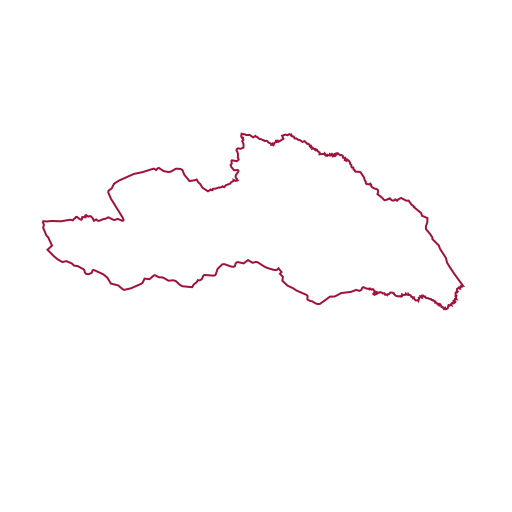 outline of Mae Poen, Nakhon Sawan, Thailand, rotated 320°
{"feature_id": "78962969B91694017140585", "entity_name": "Mae Poen", "entity_type": "district", "adm_level": 2, "iso_a3": "THA", "parent_name": "Thailand", "parent_adm1": "Nakhon Sawan", "projection": "equal_earth", "projection_center": [99.442, 15.681], "detail": "fine", "context": "isolated", "style": "outline", "palette": "rose", "viewbox_px": 512, "rotation_deg": 320, "n_neighbors": 0, "source": "geoboundaries", "source_scale": "gbopen_adm2", "svg_char_len": 6160}
<svg xmlns="http://www.w3.org/2000/svg" viewBox="0 0 512 512"><g transform="rotate(320 256 256)"><path d="M361.0,185.7L360.2,185.7L360.3,184.7L359.7,184.0L357.8,183.8L356.7,182.0L353.3,180.6L352.4,183.8L346.3,182.9L346.0,182.3L346.7,182.1L346.8,181.6L345.4,180.6L344.6,181.7L342.9,181.1L340.8,182.3L340.8,180.6L339.6,181.1L339.1,180.6L339.8,179.9L338.4,176.8L338.6,175.6L338.1,174.4L336.7,173.7L336.3,172.9L336.4,172.3L335.8,171.9L335.2,170.1L333.9,168.6L333.3,165.2L332.7,164.7L332.7,163.6L330.1,163.3L329.0,159.3L326.3,157.1L325.4,155.2L324.4,154.5L323.6,153.1L321.6,154.8L321.2,156.5L322.0,156.8L322.0,157.4L321.2,157.8L321.0,158.9L319.3,159.1L318.4,162.2L316.1,164.9L313.1,164.0L311.5,162.0L310.0,161.7L308.8,162.7L308.7,164.1L307.6,166.6L305.3,168.9L305.4,169.6L304.6,171.0L302.3,171.1L299.1,167.2L298.4,167.3L296.8,169.6L295.0,170.0L294.3,171.9L294.3,176.2L297.3,178.5L297.4,179.2L296.7,180.1L292.7,181.0L291.4,182.1L291.0,182.7L290.6,186.3L288.7,185.4L287.7,183.3L287.2,184.1L284.0,183.5L282.9,184.0L278.4,182.4L275.9,182.8L275.1,181.1L274.4,181.3L272.0,180.2L271.8,179.7L268.3,178.4L266.3,176.9L265.6,176.9L265.0,177.6L264.0,176.8L263.9,175.9L260.8,175.6L258.9,169.3L259.5,165.0L259.1,162.4L259.7,159.3L257.5,158.5L253.2,155.8L253.3,147.8L254.9,142.7L254.1,140.8L251.6,138.3L250.5,137.6L245.0,136.6L242.8,135.3L239.7,131.4L238.3,126.3L237.3,125.7L234.6,125.9L234.2,123.9L233.6,123.2L222.7,118.7L215.2,114.6L199.3,110.1L193.7,109.4L189.1,111.4L185.0,111.2L183.7,112.3L181.7,118.8L178.5,141.1L177.7,143.3L176.8,143.5L176.2,143.1L173.9,138.6L170.8,137.5L170.1,136.7L167.7,131.4L164.5,130.7L162.8,129.6L158.6,128.3L157.5,127.3L157.0,125.2L154.5,124.9L155.2,122.3L155.0,119.5L154.4,118.6L152.8,118.0L152.1,115.4L151.3,115.2L150.9,116.4L150.3,116.8L148.0,114.5L146.0,116.0L145.4,115.9L144.8,114.9L143.9,110.8L142.9,110.3L141.9,110.9L140.4,110.5L138.7,111.0L137.0,108.8L128.7,103.9L122.1,97.9L118.2,95.3L115.4,92.6L114.4,93.4L113.6,95.7L111.1,97.6L108.6,105.5L108.8,108.2L106.4,116.9L100.3,117.2L101.0,126.0L102.0,131.4L103.8,136.2L107.5,138.1L110.1,143.3L110.5,146.5L112.9,149.1L115.4,155.4L115.2,156.9L114.3,158.7L114.4,160.5L116.3,162.5L118.3,163.0L119.4,163.2L121.6,162.0L122.7,162.3L127.2,171.7L128.2,177.1L127.1,183.8L131.5,189.9L132.4,195.2L133.2,197.2L139.5,200.4L150.5,203.6L151.9,203.6L156.1,201.7L159.5,205.3L165.0,205.2L166.2,205.7L167.9,209.8L170.5,212.2L171.5,214.1L173.0,218.6L177.1,221.5L178.4,223.5L179.1,229.0L180.2,231.9L187.0,238.8L190.0,237.8L193.9,237.9L195.9,237.1L197.2,238.5L199.4,238.9L202.9,237.3L204.2,237.3L210.9,243.8L212.3,244.4L213.4,244.2L218.3,241.2L224.8,240.7L226.6,242.0L230.1,248.0L231.9,249.9L233.4,250.2L235.7,248.5L237.1,248.5L238.2,249.0L241.8,253.7L247.2,254.0L249.1,259.1L252.1,260.4L253.2,261.8L255.6,269.5L257.0,272.5L260.9,278.3L262.7,280.0L265.3,279.9L265.2,284.7L262.9,285.0L263.2,289.2L260.3,291.9L261.1,299.0L263.6,304.3L264.9,308.7L269.7,318.2L269.8,319.9L267.6,322.0L267.5,322.8L268.8,325.6L269.8,326.6L271.0,330.1L272.3,332.5L274.3,333.8L286.6,334.7L290.2,337.6L297.5,339.2L305.6,344.5L311.0,346.4L312.9,349.3L315.0,349.6L317.2,348.6L318.2,348.9L319.7,352.0L321.1,353.3L321.4,354.5L322.5,354.2L322.9,356.0L324.1,356.4L324.5,357.2L324.0,358.1L324.5,360.3L321.7,360.2L321.4,360.6L321.8,361.9L324.4,362.7L325.3,361.3L326.4,363.2L327.9,363.5L328.9,365.1L328.9,366.0L330.5,367.2L330.0,368.7L331.1,369.3L331.4,370.4L332.4,370.0L333.4,370.7L335.4,370.3L336.7,371.5L337.7,373.1L337.2,373.7L337.5,376.2L339.2,378.6L340.3,379.1L340.7,380.1L341.3,380.5L341.9,379.9L342.3,380.3L343.2,379.3L343.6,380.4L345.5,381.8L346.6,381.1L346.6,382.4L347.5,383.5L348.2,383.0L348.1,383.9L349.2,385.6L348.7,386.9L349.5,388.1L349.1,389.2L350.2,389.3L349.7,390.1L349.8,392.7L351.6,393.9L351.5,394.8L353.6,393.5L353.8,392.7L355.5,393.0L356.0,394.0L356.2,393.0L356.8,393.9L357.5,392.9L358.6,393.7L358.6,395.4L359.5,395.7L359.3,397.7L360.9,399.1L361.2,400.3L362.3,401.4L362.2,402.5L362.9,403.2L362.9,403.8L363.5,404.0L363.6,405.7L364.1,406.1L363.3,407.0L363.9,407.4L364.6,409.3L364.2,409.6L364.9,410.1L364.5,410.9L365.6,410.9L365.2,411.9L366.0,411.9L365.8,413.4L365.3,414.3L366.2,415.1L365.8,417.2L367.5,417.2L366.9,418.5L369.0,419.4L371.9,417.4L372.4,418.5L373.6,418.3L374.1,419.4L374.6,418.2L375.7,418.0L376.3,418.7L376.7,418.4L377.0,419.3L378.5,419.4L378.6,418.6L379.0,419.3L379.4,419.1L379.6,417.3L380.8,416.7L381.6,417.7L381.6,416.9L382.2,417.1L382.9,416.2L383.0,415.0L384.0,415.2L384.0,414.3L385.1,412.5L386.2,412.5L386.8,413.2L387.7,412.9L387.4,411.8L389.0,410.4L390.3,410.6L391.2,412.0L391.6,410.8L392.6,411.5L393.2,410.7L393.8,410.8L394.2,411.8L394.9,411.4L395.4,411.9L396.5,396.1L397.4,388.3L398.1,383.8L400.2,379.6L401.6,368.6L402.8,365.5L402.0,356.5L403.0,355.3L403.5,350.8L403.5,344.6L405.3,342.4L408.8,340.4L411.7,337.1L409.0,331.9L410.1,329.5L408.4,320.2L408.8,320.1L408.5,317.8L408.1,317.0L408.5,311.6L406.7,310.3L404.5,304.9L401.9,304.1L399.6,304.3L399.2,302.2L397.9,302.4L396.2,301.3L395.7,300.1L395.6,297.9L394.7,297.9L394.2,297.2L393.0,297.2L390.4,296.0L390.1,294.8L390.1,292.4L388.8,286.7L390.7,285.5L391.7,283.8L391.5,282.3L390.1,280.5L389.1,277.7L389.2,276.2L390.0,275.6L390.0,273.9L388.7,273.9L386.9,271.8L387.0,270.7L387.9,269.6L387.9,268.0L389.2,265.4L389.9,259.1L389.7,258.4L386.4,255.3L386.3,254.3L386.8,253.5L386.3,252.6L387.4,250.8L386.4,250.0L386.4,249.1L387.5,247.5L387.3,246.0L388.0,245.1L388.4,243.3L387.8,240.5L386.5,241.3L385.6,239.6L387.4,238.0L385.8,236.6L386.8,235.4L386.4,233.6L385.2,232.8L384.6,229.6L383.5,229.1L383.5,229.9L383.0,230.1L382.8,228.9L381.9,228.3L381.1,228.9L380.9,230.2L380.6,230.1L380.5,228.9L378.9,229.1L378.9,228.4L380.1,227.9L379.8,226.6L378.8,226.9L378.2,225.6L377.5,226.7L376.6,226.0L375.9,224.5L374.9,225.1L373.8,223.8L373.8,222.7L374.5,222.8L374.6,221.5L374.1,221.7L370.0,218.9L371.3,217.6L370.7,216.0L370.9,214.1L370.2,213.9L370.5,213.4L369.6,212.7L370.2,212.1L368.9,210.8L369.0,210.1L368.1,209.9L368.9,209.2L368.6,208.5L368.8,207.5L368.0,207.6L368.6,206.6L367.8,206.3L368.4,205.2L368.3,203.7L367.4,203.2L367.0,199.2L364.9,198.5L364.4,196.1L363.0,194.1L362.5,191.9L361.1,190.8L361.7,188.7L360.5,187.6L361.0,185.7Z" fill="none" stroke="#9f1239" stroke-width="2"/></g></svg>